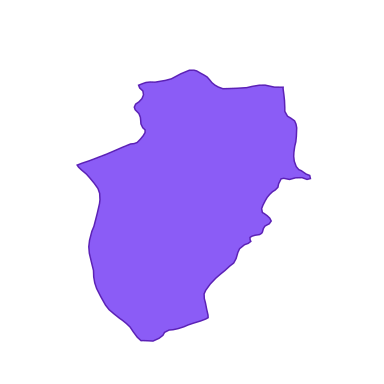 outline of Lèkoko, Haut-Ogooué, Gabon, rotated 243°
{"feature_id": "22940354B44244492121045", "entity_name": "Lèkoko", "entity_type": "district", "adm_level": 2, "iso_a3": "GAB", "parent_name": "Gabon", "parent_adm1": "Haut-Ogooué", "projection": "mercator", "projection_center": [13.129, -2.025], "detail": "fine", "context": "isolated", "style": "filled", "palette": "violet", "viewbox_px": 384, "rotation_deg": 243, "n_neighbors": 0, "source": "geoboundaries", "source_scale": "gbopen_adm2", "svg_char_len": 2182}
<svg xmlns="http://www.w3.org/2000/svg" viewBox="0 0 384 384"><g transform="rotate(243 192 192)"><path d="M72.7,149.3L75.1,150.4L80.7,151.8L87.0,153.6L91.5,154.6L95.7,156.5L98.2,159.6L101.7,166.4L104.4,174.0L105.9,180.0L107.1,185.7L108.8,191.7L109.8,196.9L112.7,201.1L117.3,205.4L119.9,208.7L121.2,214.9L120.7,218.8L121.3,222.0L123.1,222.1L125.2,223.0L125.4,225.5L124.8,228.7L123.4,232.9L123.6,235.3L124.4,236.6L127.1,239.1L128.5,241.5L128.6,243.9L128.6,246.4L130.2,249.4L133.4,249.4L136.8,248.2L139.9,246.6L141.8,245.4L145.6,246.5L148.1,249.3L151.0,253.3L153.1,256.6L154.6,260.1L155.7,263.8L156.0,267.1L157.2,270.7L160.0,272.9L163.3,277.4L162.5,280.0L158.9,284.6L157.6,290.8L154.8,296.6L151.0,300.2L150.2,303.6L153.3,304.4L156.2,301.8L161.3,299.1L163.5,297.3L167.3,296.4L173.0,297.1L177.6,298.8L181.1,300.8L186.1,304.3L189.6,307.3L194.1,310.2L201.6,314.4L205.3,315.5L208.8,315.7L212.9,313.6L216.2,311.5L221.7,311.3L225.1,313.0L231.4,315.9L236.9,318.0L242.8,320.1L244.0,320.8L247.9,313.2L254.0,305.7L256.6,300.4L258.8,293.5L260.1,288.2L263.9,279.4L267.8,271.0L270.0,266.4L273.7,263.0L276.9,260.9L280.3,259.4L283.6,258.7L287.6,257.7L290.9,255.7L294.1,253.5L297.8,251.1L299.6,249.1L301.7,244.9L302.4,235.7L302.2,225.0L303.5,219.0L305.0,214.2L306.6,209.0L309.0,204.6L310.5,200.7L311.0,197.0L311.4,192.9L308.4,192.6L304.3,194.1L300.6,192.9L297.9,189.8L296.4,185.6L295.9,181.7L293.8,179.1L291.1,178.7L286.0,180.3L282.0,179.9L278.9,178.7L275.8,177.4L271.6,177.3L268.7,178.4L266.3,177.2L264.3,174.1L262.5,170.0L261.0,165.6L261.4,162.4L262.7,159.0L263.4,150.6L264.5,133.2L266.5,114.3L267.6,107.0L268.1,101.9L265.7,102.2L261.9,103.5L255.8,106.1L251.1,107.3L244.4,108.8L237.8,109.8L232.7,109.1L226.9,106.5L223.6,104.3L216.0,97.9L210.2,92.8L205.9,89.0L202.4,84.9L195.5,78.8L190.1,75.2L184.0,72.7L175.8,70.7L166.8,68.6L161.0,65.9L155.2,64.1L149.3,63.2L140.2,63.2L130.4,63.6L124.8,64.7L119.2,67.0L112.4,70.1L109.0,71.9L104.7,73.8L99.9,75.5L94.1,76.2L87.5,77.3L82.7,79.1L81.8,81.0L79.4,85.3L76.9,89.6L76.6,96.2L77.5,101.0L79.4,103.8L79.4,108.9L77.9,112.6L76.6,117.5L75.6,123.6L75.3,128.3L74.5,133.7L73.2,141.0L72.6,146.6L72.7,149.3Z" fill="#8b5cf6" stroke="#5b21b6" stroke-width="1.5"/></g></svg>